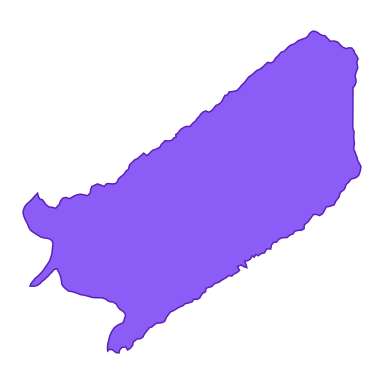 Ubaí, Minas Gerais, Brazil (Albers equal-area conic projection)
{"feature_id": "56859067B9810342339468", "entity_name": "Ubaí", "entity_type": "district", "adm_level": 2, "iso_a3": "BRA", "parent_name": "Brazil", "parent_adm1": "Minas Gerais", "projection": "albers", "projection_center": [-44.877, -16.365], "detail": "fine", "context": "isolated", "style": "filled", "palette": "violet", "viewbox_px": 384, "rotation_deg": 0, "n_neighbors": 0, "source": "geoboundaries", "source_scale": "gbopen_adm2", "svg_char_len": 4203}
<svg xmlns="http://www.w3.org/2000/svg" viewBox="0 0 384 384"><path d="M361.0,166.6L359.2,163.1L357.7,160.6L357.1,157.5L356.1,155.0L355.1,152.2L353.8,149.5L353.9,146.5L354.5,143.8L354.1,141.3L353.8,137.8L353.9,134.8L354.1,131.6L352.8,128.5L353.0,87.8L355.2,84.8L356.1,81.8L355.7,78.9L355.2,75.5L356.2,71.9L357.8,68.0L357.2,64.5L356.8,61.6L358.1,59.0L356.9,56.1L354.8,53.3L353.9,50.6L351.8,48.0L348.9,47.8L346.2,48.6L343.1,47.4L341.0,45.7L339.2,43.6L337.3,41.8L334.1,41.0L330.4,41.3L327.8,38.7L325.2,35.8L322.4,35.4L320.0,34.3L317.4,32.3L313.8,31.0L311.5,31.8L309.5,33.5L308.2,35.8L306.0,37.9L302.3,39.1L298.2,40.7L294.4,43.8L290.6,45.1L288.1,47.1L286.1,49.3L284.4,51.1L281.1,52.3L278.5,55.3L275.4,58.4L273.6,61.5L270.9,63.0L267.7,62.3L265.4,64.4L263.0,66.8L260.1,69.0L256.5,70.6L253.8,73.2L251.6,75.1L248.9,76.8L246.4,79.9L244.5,82.5L242.1,84.7L239.6,87.8L236.9,90.6L232.2,91.6L229.1,91.9L227.6,94.7L224.8,95.5L223.0,99.2L221.4,102.1L219.2,104.0L215.7,105.6L213.4,108.8L211.3,110.9L208.4,112.3L206.1,110.9L203.2,111.9L201.0,113.8L199.1,116.6L197.1,118.6L195.6,120.9L192.6,123.4L189.8,126.5L186.6,126.4L183.9,127.4L181.3,128.9L179.2,131.1L177.8,133.1L175.7,134.5L176.2,136.9L173.7,138.1L171.9,140.3L168.1,141.0L165.0,140.6L163.4,142.5L161.5,144.2L159.7,147.3L155.8,149.3L152.7,150.2L150.7,152.1L148.9,154.0L146.8,155.6L143.7,153.1L141.0,155.6L137.6,158.5L134.5,159.9L132.0,162.5L129.6,164.7L128.4,169.3L125.9,171.2L124.5,173.5L122.9,175.3L120.8,176.7L118.3,179.2L116.9,182.6L114.5,183.8L111.9,183.9L109.2,183.6L106.6,183.7L104.1,186.5L101.4,185.3L97.5,183.9L94.1,185.5L91.7,186.6L90.7,189.3L90.2,193.1L87.5,195.7L83.8,194.8L80.2,194.2L76.8,194.9L74.0,196.0L71.6,197.5L69.4,198.7L65.9,197.4L62.7,198.2L60.5,200.9L59.3,204.5L57.3,206.4L55.7,208.3L52.9,207.5L48.9,206.9L45.7,204.4L44.2,202.0L42.3,199.7L39.8,199.1L38.6,196.9L37.6,193.2L35.4,195.5L32.8,198.3L31.1,200.2L29.3,201.9L26.4,204.4L24.5,207.1L23.4,210.1L23.0,212.8L23.9,216.3L25.3,219.8L27.1,223.1L28.3,226.1L29.3,228.5L30.9,230.5L33.0,232.1L35.0,233.4L37.9,235.2L40.7,237.0L43.5,237.8L46.4,238.2L49.5,238.9L52.0,240.7L53.0,244.0L52.5,247.7L52.2,251.3L51.8,254.1L51.0,256.8L49.9,260.3L47.9,263.6L45.5,267.0L43.6,269.9L41.6,272.4L38.1,276.0L35.2,278.3L33.3,280.7L31.1,283.5L30.0,286.2L34.9,286.2L37.7,285.2L39.9,283.7L41.8,281.6L44.2,279.8L46.1,278.0L48.0,276.3L49.8,274.1L52.2,271.8L54.1,269.5L56.9,268.7L59.0,272.7L60.5,276.3L61.4,280.5L61.8,284.3L63.5,286.8L66.1,289.2L68.7,291.2L71.7,291.5L74.5,292.4L77.4,293.3L80.4,294.6L84.3,295.2L88.1,296.2L91.1,297.1L93.4,297.6L95.9,297.7L99.2,297.7L101.7,297.8L105.2,298.8L107.5,300.5L109.7,301.7L113.1,302.0L116.6,304.3L117.7,306.7L120.0,309.4L123.0,311.3L124.9,313.2L125.6,315.7L124.6,318.0L124.0,320.7L122.5,323.1L120.2,323.9L117.7,325.2L115.4,326.8L113.5,328.8L111.5,332.0L109.8,335.7L109.1,338.4L108.6,341.0L107.7,344.2L107.4,347.7L107.7,351.0L109.8,349.2L112.6,349.9L116.0,352.6L119.0,353.0L119.8,349.6L121.9,347.5L125.6,346.8L127.6,350.0L130.0,348.5L132.6,345.5L133.2,342.0L135.1,340.6L137.1,338.9L140.2,338.8L143.0,337.0L144.3,334.1L147.2,330.4L149.4,327.8L152.1,326.8L153.9,325.1L156.6,323.2L160.4,322.9L163.1,322.3L165.0,320.8L166.3,317.5L168.3,314.7L170.3,312.1L173.5,310.6L177.5,308.2L180.4,306.6L182.8,305.9L185.0,303.7L188.9,302.9L192.3,301.7L193.7,299.2L197.2,299.4L199.9,297.8L201.0,295.6L202.7,293.2L205.4,292.0L206.1,288.3L208.8,287.3L211.8,286.5L214.4,283.7L218.9,282.2L222.9,279.5L226.3,277.6L228.8,275.5L231.8,276.1L234.1,273.9L236.7,272.8L239.6,270.3L237.5,266.5L241.3,265.0L243.6,266.5L246.8,267.6L246.1,264.3L244.5,261.2L247.2,260.8L250.4,259.2L252.2,255.7L254.1,257.2L255.9,254.4L258.2,255.8L261.1,253.6L264.5,252.9L266.6,248.9L270.8,249.0L271.4,245.1L273.7,242.3L276.4,242.2L279.0,239.1L282.6,237.7L287.0,237.6L290.0,234.9L293.1,233.9L294.8,231.2L298.3,230.3L301.4,230.3L304.0,228.9L304.4,224.8L308.3,221.5L311.3,217.4L313.1,214.7L316.1,214.3L319.5,215.6L322.3,214.0L323.8,211.8L325.1,209.1L326.5,206.9L329.6,206.4L334.1,204.9L335.8,201.2L337.8,198.7L339.2,196.7L339.7,194.0L341.2,191.7L343.9,189.9L345.2,187.6L346.0,184.6L349.0,181.9L351.1,178.9L353.8,178.4L356.4,177.4L358.5,175.6L359.5,173.3L360.3,170.7L361.0,166.6Z" fill="#8b5cf6" stroke="#5b21b6" stroke-width="1.5"/></svg>